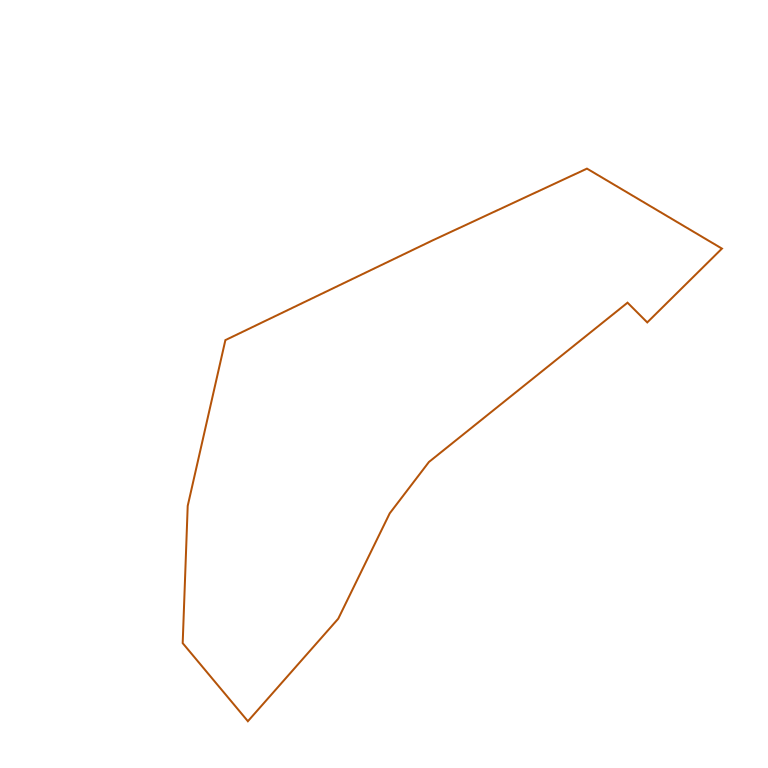 an SVG outline of Galway, rotated 315°
{"feature_id": "IRL-5568", "entity_name": "Galway", "entity_type": "City", "adm_level": 1, "iso_a3": "IRL", "parent_name": "Ireland", "parent_adm1": "", "projection": "robinson", "projection_center": [-9.01, 53.297], "detail": "fine", "context": "isolated", "style": "outline", "palette": "amber", "viewbox_px": 768, "rotation_deg": 315, "n_neighbors": 0, "source": "natural_earth", "source_scale": "10m", "svg_char_len": 320}
<svg xmlns="http://www.w3.org/2000/svg" viewBox="0 0 768 768"><g transform="rotate(315 384 384)"><path d="M613.7,526.6L613.7,498.7L360.7,470.9L296.6,479.5L185.7,517.6L49.3,526.2L58.4,424.9L159.0,331.4L302.9,240.8L519.9,316.8L679.8,375.2L718.7,527.2L613.7,526.6Z" fill="none" stroke="#b45309" stroke-width="2"/></g></svg>